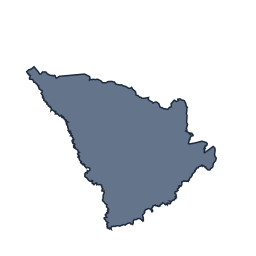 Wassa Amenfi East, Western, Ghana, rotated 338°
{"feature_id": "2480657B15365927336493", "entity_name": "Wassa Amenfi East", "entity_type": "district", "adm_level": 2, "iso_a3": "GHA", "parent_name": "Ghana", "parent_adm1": "Western", "projection": "mercator", "projection_center": [-2.086, 5.877], "detail": "fine", "context": "isolated", "style": "filled", "palette": "slate", "viewbox_px": 256, "rotation_deg": 338, "n_neighbors": 0, "source": "geoboundaries", "source_scale": "gbopen_adm2", "svg_char_len": 5745}
<svg xmlns="http://www.w3.org/2000/svg" viewBox="0 0 256 256"><g transform="rotate(338 128 128)"><path d="M72.9,214.6L73.6,214.2L74.5,215.6L74.6,214.4L76.1,213.2L79.5,214.5L80.1,214.3L82.2,214.8L83.6,215.9L87.7,215.9L89.1,217.0L91.2,216.4L93.4,216.4L94.2,216.6L94.8,218.2L95.2,218.2L96.1,219.2L97.1,218.3L98.0,216.2L99.5,215.2L101.2,216.0L103.4,215.7L105.4,216.6L106.9,220.0L107.8,219.4L107.8,218.3L108.6,217.1L108.6,214.9L109.2,213.9L111.4,213.0L112.0,212.3L111.8,211.6L113.8,210.4L116.6,210.3L118.4,211.6L118.7,212.1L118.7,214.6L119.4,214.7L120.0,213.5L119.6,212.4L119.8,211.4L121.5,210.4L121.7,209.7L122.4,209.6L124.6,209.8L124.8,210.7L126.2,211.0L126.3,211.8L127.5,212.4L128.1,212.0L128.5,212.1L128.4,211.8L129.8,211.1L130.6,211.2L132.2,210.3L133.5,211.6L133.6,212.6L134.3,213.4L135.7,212.7L135.9,213.9L137.0,212.6L138.3,213.9L139.1,213.9L140.0,212.5L139.5,211.7L140.8,212.4L142.4,211.7L143.8,212.1L144.3,211.3L145.7,211.4L145.9,210.5L146.5,210.6L146.1,209.6L146.9,209.6L146.7,209.2L147.1,209.1L147.7,207.5L147.0,206.0L147.3,205.5L147.8,204.9L148.6,204.8L149.3,205.3L149.6,204.9L151.0,204.6L151.0,203.4L151.3,203.6L151.1,203.3L151.5,203.0L153.2,202.4L153.3,200.9L154.0,200.7L155.1,201.9L156.6,200.7L157.8,198.1L158.6,198.3L159.7,197.9L160.5,198.6L161.4,198.5L162.1,199.4L162.9,199.4L163.9,200.1L164.8,198.9L165.5,199.0L166.6,197.4L168.3,197.1L170.0,195.6L170.0,195.0L173.7,193.5L173.9,192.6L174.3,192.7L174.4,192.2L175.6,192.0L176.4,190.9L177.3,190.9L177.8,191.3L178.8,190.4L181.4,190.6L182.3,190.2L182.6,191.1L182.9,190.7L183.1,191.3L183.8,191.4L184.4,192.0L184.4,192.7L185.4,193.2L185.1,193.9L186.5,196.9L188.2,197.5L189.3,196.7L191.1,196.3L192.1,195.7L194.0,192.7L196.9,191.1L198.2,189.6L198.6,188.4L198.0,187.3L198.4,184.8L200.5,181.2L200.9,179.4L200.8,178.4L200.0,177.0L189.8,179.7L189.5,179.1L190.0,178.7L190.1,177.8L191.0,177.3L190.6,176.5L190.8,175.6L192.0,175.7L191.8,174.5L192.6,174.2L193.0,173.5L194.1,173.9L195.2,172.9L195.6,172.1L195.1,170.8L191.6,167.9L185.1,167.1L179.3,165.9L178.2,165.1L180.7,161.6L181.1,161.9L181.9,160.3L183.7,159.1L185.4,159.5L185.7,158.7L185.2,158.5L185.3,156.8L183.9,156.1L183.4,157.2L183.1,157.3L182.6,156.1L183.0,155.8L182.8,155.3L180.3,152.4L180.8,152.2L181.6,152.6L182.1,151.2L181.8,150.4L184.6,147.0L184.4,144.8L187.3,138.8L187.7,135.8L188.4,135.2L190.2,131.4L190.8,131.0L190.1,129.7L190.7,127.3L190.4,123.8L189.9,123.2L187.8,121.8L187.6,120.9L186.7,120.3L185.0,120.0L185.1,121.4L183.0,121.6L182.0,120.9L181.8,119.9L181.3,119.5L177.1,121.6L176.4,124.0L175.4,124.8L175.1,124.4L174.3,124.4L171.8,125.6L169.5,124.0L168.4,123.7L167.0,121.7L165.6,120.9L165.7,117.2L164.3,114.7L163.3,114.2L160.5,114.2L160.2,112.9L158.1,110.5L157.5,109.0L158.5,107.4L154.4,106.6L152.0,105.6L151.4,104.3L150.3,103.8L149.3,101.5L148.3,101.1L147.8,100.3L148.5,98.0L148.3,96.4L146.9,94.0L146.6,91.7L145.2,92.1L143.4,91.4L142.7,90.2L140.9,88.2L139.1,86.9L138.4,85.7L136.4,85.0L133.1,82.7L132.7,80.4L130.4,78.7L127.0,77.5L124.7,77.8L121.5,76.6L120.5,74.2L118.3,71.6L117.3,71.1L116.4,71.2L113.9,69.7L112.6,69.7L111.5,68.8L110.3,69.0L111.6,66.9L111.6,65.9L107.9,61.7L83.8,54.4L80.3,55.0L79.9,54.1L80.0,52.1L79.2,51.5L78.2,51.7L77.3,50.7L76.8,50.7L75.5,49.9L73.5,47.5L72.8,45.3L69.8,44.0L67.5,45.3L66.2,44.9L66.0,42.9L63.8,36.0L61.0,36.9L58.9,37.1L58.0,36.8L55.1,37.8L55.5,40.1L56.2,40.8L55.8,41.3L57.1,42.8L55.2,44.9L55.1,45.9L57.6,47.2L58.0,48.9L57.8,50.2L59.2,51.2L59.5,52.8L60.1,53.1L60.2,54.9L60.9,55.4L60.4,56.3L60.3,57.6L60.7,58.0L60.4,58.9L60.9,59.2L61.8,60.9L62.3,61.1L61.9,62.5L61.2,63.1L60.4,63.2L61.0,65.8L60.8,66.2L61.2,66.8L60.3,67.3L60.2,68.2L61.1,69.1L60.3,70.7L61.6,72.6L61.4,72.9L61.8,73.0L62.0,74.4L62.3,74.4L61.7,75.4L62.5,76.1L62.5,77.9L63.2,78.0L64.1,79.4L63.6,79.7L64.2,80.3L64.2,81.2L63.2,82.9L63.6,82.7L65.1,83.3L66.1,85.6L66.3,85.3L67.2,85.6L66.7,87.0L65.9,87.7L67.0,88.2L67.4,88.4L67.9,88.2L69.0,91.3L70.6,91.7L70.7,91.3L71.2,91.4L71.2,91.9L70.6,92.1L70.7,92.8L71.3,93.1L70.8,93.6L71.5,94.1L71.8,93.5L72.3,93.5L72.5,94.8L72.1,95.5L72.9,96.8L72.8,97.3L73.4,97.0L73.6,97.7L73.0,98.4L74.3,99.7L73.0,99.4L72.7,99.8L72.6,100.3L73.1,100.9L73.0,101.3L72.4,101.6L72.5,102.5L73.0,103.6L72.3,104.9L72.4,106.5L72.0,107.8L71.6,107.8L71.9,109.6L73.1,109.1L73.5,109.6L72.4,111.0L73.0,111.1L73.4,111.9L72.5,112.8L72.8,113.4L72.0,113.7L73.2,114.4L72.8,114.7L73.3,116.5L73.0,117.5L73.6,118.2L73.4,118.7L71.9,118.4L71.6,118.8L71.4,119.6L72.0,120.0L71.6,120.7L71.2,120.1L71.1,121.4L72.3,122.4L72.6,123.2L71.7,123.7L71.6,124.5L71.0,123.9L70.4,125.5L70.5,125.9L71.6,126.3L71.2,126.8L73.2,129.9L72.9,131.3L73.7,132.3L72.4,132.5L71.5,133.2L72.4,135.8L71.9,136.5L71.5,136.1L71.9,136.0L71.5,135.7L71.1,135.7L70.7,136.3L71.3,136.7L71.1,139.5L72.1,141.7L71.2,141.9L71.1,142.5L71.8,143.2L71.8,143.9L72.6,144.3L72.5,144.8L73.0,144.6L73.0,145.4L73.8,145.3L74.1,145.6L73.5,147.1L74.5,149.5L75.2,149.3L77.1,150.4L77.4,151.3L76.9,152.7L76.1,153.1L75.0,153.3L74.3,152.3L73.4,154.3L73.0,153.7L71.9,153.5L71.1,154.5L70.8,154.4L69.8,156.8L71.6,159.8L71.5,160.6L72.5,162.8L73.7,163.7L74.8,163.1L75.3,163.5L75.4,164.0L74.5,164.7L74.1,166.1L75.0,166.7L75.2,167.8L77.6,166.9L78.2,167.1L77.8,168.9L78.7,168.8L79.6,169.7L81.1,170.0L82.0,171.1L81.6,171.6L81.9,172.1L81.5,173.7L81.9,174.7L81.7,175.2L80.8,175.5L80.2,176.6L82.1,177.5L81.7,177.9L81.8,179.2L79.9,180.8L78.4,184.2L77.7,184.7L77.2,185.8L78.4,188.4L78.4,189.4L79.7,191.0L79.3,191.2L78.6,193.2L79.5,195.3L79.0,195.8L79.5,196.1L79.3,196.6L78.0,197.0L78.3,198.5L76.8,198.5L77.0,199.3L76.2,199.1L75.6,199.6L74.6,199.7L74.4,200.5L74.8,200.9L74.6,201.8L74.9,202.7L73.1,202.3L72.0,202.6L72.1,203.6L72.6,204.3L72.7,206.2L74.0,208.3L73.3,208.3L72.3,209.1L72.2,209.7L72.6,210.3L71.5,211.7L72.0,212.2L71.5,213.0L72.3,213.3L72.9,214.6Z" fill="#64748b" stroke="#1e293b" stroke-width="1.5"/></g></svg>